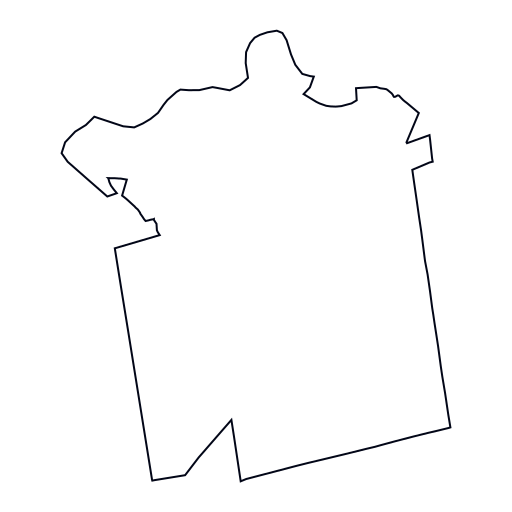 the district of Zadareni, Arad, Romania
{"feature_id": "2599482B66097007845459", "entity_name": "Zadareni", "entity_type": "district", "adm_level": 2, "iso_a3": "ROU", "parent_name": "Romania", "parent_adm1": "Arad", "projection": "orthographic", "projection_center": [21.215, 46.122], "detail": "fine", "context": "isolated", "style": "outline", "palette": "ink", "viewbox_px": 512, "rotation_deg": 0, "n_neighbors": 0, "source": "geoboundaries", "source_scale": "gbopen_adm2", "svg_char_len": 2256}
<svg xmlns="http://www.w3.org/2000/svg" viewBox="0 0 512 512"><path d="M247.8,478.6L292.5,466.9L297.1,465.7L308.3,462.9L325.1,458.9L344.3,454.3L366.9,448.7L375.0,446.8L381.0,445.1L395.4,441.2L413.5,436.5L427.6,433.0L437.5,430.7L448.5,428.0L450.4,427.4L448.3,414.8L445.1,393.2L442.3,376.5L440.8,366.4L438.1,346.3L436.4,335.2L434.5,323.0L433.3,314.8L432.2,307.9L430.0,291.1L427.6,274.5L425.1,261.4L424.8,259.3L422.3,239.6L421.1,230.5L419.1,217.3L416.7,200.4L414.0,181.8L412.6,172.0L412.3,169.8L429.5,162.5L432.7,161.7L432.1,158.4L430.1,139.8L429.5,135.1L407.0,143.2L406.5,142.3L418.8,113.0L406.9,103.0L404.9,101.5L403.0,99.9L400.3,97.1L399.2,95.8L398.6,95.5L397.6,95.4L395.4,96.7L394.6,96.9L394.0,96.9L393.7,96.5L393.4,96.1L392.9,95.0L391.7,93.4L387.7,90.1L387.0,89.6L386.3,89.2L384.2,88.8L380.3,88.3L376.4,86.9L358.6,88.0L356.0,88.2L356.7,100.3L351.5,103.4L341.4,106.1L337.2,106.5L335.5,106.6L330.5,106.4L326.2,105.8L319.7,103.5L316.4,101.9L303.6,94.1L309.9,87.4L313.8,76.6L310.1,76.1L302.3,73.9L295.3,64.8L291.0,54.4L286.6,40.2L282.4,33.0L276.8,30.7L267.4,32.3L259.8,34.9L254.6,37.7L250.1,43.1L246.1,52.1L246.0,54.4L245.7,63.1L248.0,77.9L240.0,85.1L229.7,90.3L216.5,87.8L212.5,87.1L199.4,90.1L188.8,90.2L180.4,89.6L176.5,91.9L167.4,100.0L163.6,104.8L159.4,110.9L158.0,112.9L150.4,119.0L142.8,123.5L134.2,127.4L123.2,126.3L115.0,123.6L98.1,118.0L94.3,116.7L92.1,118.9L85.9,125.0L75.2,131.6L65.1,142.3L61.6,153.2L67.7,161.8L87.5,179.2L107.3,196.5L115.4,193.7L116.8,193.2L113.8,189.5L111.0,185.7L109.4,182.2L108.3,178.2L108.2,178.1L110.9,178.2L111.3,178.2L114.5,178.2L117.6,178.4L118.6,178.5L119.7,178.5L120.9,178.6L123.1,179.0L124.4,179.2L126.2,179.5L126.8,179.6L122.1,195.6L124.6,197.5L126.2,198.8L127.8,200.2L130.2,202.4L132.6,204.6L134.7,206.5L135.5,207.5L137.8,209.5L139.5,211.9L140.1,212.8L140.2,213.5L141.4,215.2L142.6,216.9L143.3,218.0L144.0,219.1L145.6,221.0L148.4,220.4L150.3,219.8L152.3,219.4L153.1,219.4L153.9,219.0L153.9,219.9L155.2,221.9L156.5,223.8L156.9,230.3L157.8,232.2L159.7,235.1L114.8,248.3L121.4,289.5L128.0,330.2L150.0,467.0L152.0,479.5L152.3,480.6L154.8,480.1L185.1,475.2L198.8,457.3L201.8,453.9L216.4,437.1L231.4,419.9L234.1,437.3L240.7,481.3L246.5,478.9L247.1,478.8L247.8,478.6Z" fill="none" stroke="#020617" stroke-width="2"/></svg>